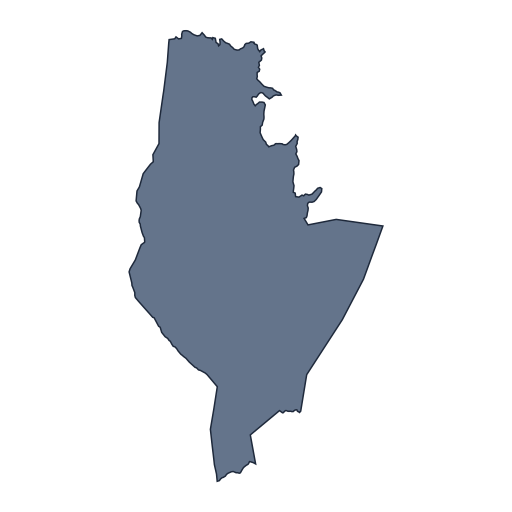 San Juan Juquila Mixes, Oaxaca, Mexico
{"feature_id": "50627088B56104318486016", "entity_name": "San Juan Juquila Mixes", "entity_type": "district", "adm_level": 2, "iso_a3": "MEX", "parent_name": "Mexico", "parent_adm1": "Oaxaca", "projection": "equal_earth", "projection_center": [-95.884, 16.869], "detail": "fine", "context": "isolated", "style": "filled", "palette": "slate", "viewbox_px": 512, "rotation_deg": 0, "n_neighbors": 0, "source": "geoboundaries", "source_scale": "gbopen_adm2", "svg_char_len": 4796}
<svg xmlns="http://www.w3.org/2000/svg" viewBox="0 0 512 512"><path d="M169.1,39.6L168.9,41.7L168.8,42.2L167.3,62.4L163.7,91.0L163.0,95.5L159.1,122.6L159.0,143.6L152.9,154.7L153.3,161.7L150.5,164.2L145.7,170.4L143.2,173.7L139.4,186.9L137.0,191.0L136.1,200.9L137.4,203.3L138.6,204.6L140.6,208.4L141.2,210.3L140.3,216.7L139.3,219.0L139.1,220.6L139.2,222.3L140.2,224.0L140.4,226.1L142.1,232.6L143.5,236.3L144.4,237.6L144.7,241.6L144.5,242.4L141.3,244.6L140.0,247.6L135.3,260.0L130.1,268.7L129.1,271.9L131.8,282.9L132.0,285.6L132.6,286.8L134.8,292.6L134.8,295.4L135.3,297.3L135.4,297.6L138.7,301.5L152.7,317.3L154.1,317.7L158.6,326.2L160.2,327.3L161.7,332.4L165.1,336.7L167.7,338.4L169.1,340.5L169.9,340.9L170.7,342.0L171.7,344.0L173.2,346.3L175.0,346.9L176.7,348.7L178.2,351.1L180.9,354.3L182.0,355.1L183.7,356.6L186.0,358.3L189.2,362.0L195.1,367.4L196.5,367.8L198.5,369.9L200.4,370.4L205.2,373.0L207.0,374.5L217.3,386.7L213.9,408.6L210.4,429.3L212.1,444.7L213.9,460.0L214.4,464.7L216.5,474.0L217.2,481.3L219.4,480.6L220.5,479.0L222.1,477.7L223.5,477.3L224.5,476.6L225.4,476.1L226.0,475.1L227.0,474.0L227.8,473.4L228.6,473.0L229.5,472.6L230.4,472.2L231.2,471.8L233.2,471.5L234.7,472.1L236.0,472.7L237.5,472.7L238.6,473.0L239.3,473.2L240.4,472.8L241.9,470.1L243.2,468.0L244.0,467.1L245.1,466.2L246.5,465.1L247.4,464.7L248.1,464.2L248.7,463.3L249.1,462.4L249.5,461.6L250.6,461.8L253.2,462.6L255.6,463.9L250.3,434.9L279.5,410.6L282.5,412.8L283.3,412.7L283.9,412.0L284.5,411.5L285.0,411.0L285.4,410.6L285.9,410.6L286.3,410.6L286.5,410.6L287.2,411.0L287.7,411.2L288.2,411.2L288.7,411.3L289.0,411.4L289.4,411.3L289.7,411.2L290.1,411.2L290.7,411.3L291.0,411.3L291.7,411.6L292.3,411.6L292.8,411.6L293.3,411.5L293.7,411.0L294.1,410.8L294.4,410.5L294.7,410.3L294.8,410.3L294.9,410.2L295.6,409.9L295.9,409.8L296.2,409.8L296.5,409.8L296.8,409.8L297.0,410.1L297.1,410.5L297.2,410.8L297.4,411.1L297.5,411.2L297.9,411.5L298.3,411.7L298.6,411.7L298.9,411.9L299.1,412.2L299.5,412.5L300.7,411.2L305.8,380.1L306.7,374.7L306.8,374.5L342.3,319.7L362.9,280.3L363.2,279.7L363.4,279.4L372.3,255.0L376.1,244.8L382.9,226.0L336.2,219.4L308.0,224.9L305.6,220.9L304.1,218.4L306.3,217.6L307.0,215.8L307.4,212.8L308.0,210.3L308.2,208.0L307.4,205.7L307.7,203.4L309.2,202.1L312.1,202.2L314.1,201.5L316.2,199.5L317.4,197.8L319.8,194.4L321.5,191.9L321.8,188.6L320.1,187.5L317.6,188.3L316.2,190.0L314.7,191.3L313.5,192.6L311.9,194.2L308.8,195.1L307.3,194.4L305.4,194.1L303.7,195.8L302.0,195.1L300.7,196.0L298.9,197.1L295.6,196.6L295.2,193.1L293.3,192.3L293.4,190.6L293.7,188.5L294.0,185.7L293.4,183.6L292.9,181.7L293.1,179.3L293.4,176.4L293.9,174.0L293.8,171.7L293.5,170.0L294.6,167.3L297.0,166.1L298.6,164.5L299.0,160.7L297.8,158.3L297.2,156.5L295.8,153.9L296.9,151.7L296.7,149.6L295.7,146.3L297.2,143.5L297.1,141.5L297.8,139.6L298.1,137.2L296.3,135.9L295.6,135.0L295.3,135.8L291.1,140.5L288.9,142.6L286.8,144.4L285.1,144.8L283.0,144.5L282.2,143.8L279.6,143.6L277.2,143.7L276.1,143.6L275.3,143.8L275.1,144.3L273.7,145.3L271.9,145.6L268.8,146.8L267.9,145.6L267.4,145.2L266.4,144.3L265.7,142.1L263.2,139.6L261.8,136.7L260.1,132.7L260.4,129.4L260.4,126.7L262.2,125.1L262.6,122.5L263.9,119.0L264.0,117.1L263.8,114.2L264.0,111.2L264.7,107.9L265.3,104.9L264.0,102.5L262.2,102.1L259.4,102.1L258.0,103.4L256.3,104.6L255.2,105.8L253.9,104.1L252.8,101.3L251.8,99.4L252.0,97.7L252.8,96.8L253.9,96.7L255.4,96.9L256.1,97.2L256.8,96.5L257.2,96.1L258.6,94.0L260.6,92.6L261.8,92.7L262.9,93.1L265.4,95.9L267.7,97.6L269.3,98.9L272.0,97.3L273.4,95.9L276.0,94.9L278.5,95.3L281.3,95.1L280.0,92.8L278.6,92.2L276.9,91.9L276.2,91.2L275.5,91.0L274.9,90.4L274.3,90.1L273.6,89.9L273.2,89.3L272.6,88.3L270.8,87.9L268.9,87.8L266.7,87.2L264.0,86.3L261.9,84.2L259.5,81.5L258.1,80.4L256.7,78.7L257.3,76.6L257.1,74.7L257.2,72.4L259.2,71.3L259.7,69.2L258.4,67.3L259.4,65.4L258.8,62.3L261.4,60.1L261.8,58.0L261.1,55.9L262.3,54.6L264.5,52.6L265.5,51.5L264.5,51.9L264.3,50.9L263.9,50.4L263.8,49.6L263.5,48.7L262.6,49.2L261.9,49.5L260.9,50.0L260.4,50.5L260.0,51.2L259.7,51.6L258.9,50.5L258.5,50.2L258.1,49.4L257.7,48.7L257.6,47.9L257.4,46.7L257.3,45.8L257.2,45.2L257.0,44.9L256.6,44.7L256.1,44.4L255.2,44.3L254.9,44.0L253.9,43.2L254.1,42.4L253.6,42.2L250.9,41.8L248.7,43.2L246.2,43.4L244.9,44.5L244.0,46.8L242.6,48.0L240.4,48.9L239.2,49.9L237.1,50.1L234.2,49.3L232.7,47.6L230.7,46.0L229.5,44.2L227.3,43.3L225.8,42.8L223.9,41.3L221.7,38.9L219.7,39.4L220.1,42.3L219.9,44.7L218.6,45.8L218.0,43.7L216.1,42.5L215.3,38.3L212.8,37.6L212.3,39.3L211.1,37.9L209.4,37.9L207.4,37.7L205.6,37.0L204.6,35.4L203.2,33.9L202.1,32.7L199.9,35.4L197.2,35.9L194.0,34.8L191.8,33.5L190.4,32.2L188.0,31.0L187.7,30.9L186.1,30.7L184.0,30.8L183.4,31.0L182.5,31.5L181.7,34.2L181.8,36.0L181.4,38.4L178.6,38.9L176.0,36.9L174.7,38.8L169.1,39.6Z" fill="#64748b" stroke="#1e293b" stroke-width="1.5"/></svg>